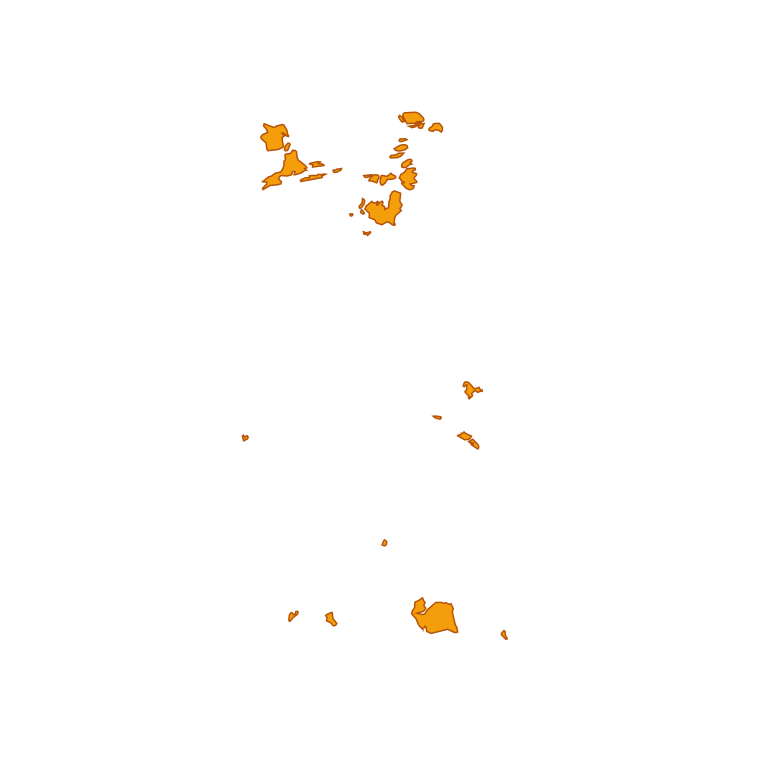 Kepulauan Riau, Albers equal-area conic projection, rotated 121°
{"feature_id": "IDN-1796", "entity_name": "Kepulauan Riau", "entity_type": "Province", "adm_level": 1, "iso_a3": "IDN", "parent_name": "Indonesia", "parent_adm1": "", "projection": "albers", "projection_center": [105.285, 2.055], "detail": "fine", "context": "isolated", "style": "filled", "palette": "amber", "viewbox_px": 768, "rotation_deg": 121, "n_neighbors": 0, "source": "natural_earth", "source_scale": "10m", "svg_char_len": 6192}
<svg xmlns="http://www.w3.org/2000/svg" viewBox="0 0 768 768"><g transform="rotate(121 384 384)"><path d="M573.5,225.3L574.4,224.4L572.9,229.9L568.8,235.6L566.7,242.0L563.9,242.8L559.9,242.6L555.1,245.1L551.5,242.7L547.4,240.9L549.4,238.3L550.0,236.4L553.5,235.6L554.4,233.1L555.4,232.5L558.6,233.1L563.5,237.8L561.9,232.5L560.4,230.7L554.8,230.4L544.5,227.0L541.7,222.4L541.1,219.5L539.6,218.2L539.3,214.7L537.8,213.4L541.0,208.9L544.3,208.0L553.8,198.8L554.8,196.6L558.6,193.1L560.1,194.3L560.8,196.0L561.4,203.0L573.5,215.2L574.1,219.9L570.9,222.6L570.5,224.1L572.1,223.9L573.5,225.3ZM248.6,467.8L249.8,473.5L248.0,476.4L249.0,482.5L245.3,484.3L243.9,490.5L241.0,491.0L233.7,488.5L234.2,487.0L233.8,485.5L232.5,484.2L230.8,483.6L230.8,483.0L233.8,482.9L234.3,482.4L234.0,481.6L230.8,481.3L228.3,479.9L228.9,478.4L231.9,477.6L231.5,476.0L231.9,474.7L233.9,473.2L232.4,472.6L231.1,471.1L229.9,471.2L225.3,473.6L221.3,474.3L220.1,475.6L215.3,475.8L213.1,474.6L211.9,468.0L219.2,464.6L221.4,460.5L225.6,460.6L226.5,458.5L233.1,460.6L235.9,460.5L241.5,458.0L241.1,457.0L241.8,456.5L242.8,457.0L243.2,458.9L242.9,463.6L243.8,465.2L248.6,467.8ZM272.5,583.9L279.7,587.8L278.9,588.9L273.0,587.5L271.4,588.3L273.0,592.2L265.7,589.5L264.1,587.8L259.3,585.7L255.6,581.9L253.6,581.5L248.6,582.1L244.4,584.5L242.5,583.9L238.7,586.9L237.2,586.4L234.9,583.1L230.5,582.5L229.5,580.0L230.1,578.5L234.6,575.1L236.1,573.1L237.3,563.9L238.4,561.4L240.2,563.0L240.8,560.6L241.4,561.7L245.6,563.6L250.4,567.9L250.9,568.9L247.9,569.6L248.4,571.1L249.5,571.9L251.8,570.9L253.0,571.6L255.7,574.3L258.3,579.6L260.2,580.3L262.5,580.0L263.5,576.1L265.5,575.4L268.0,577.8L272.5,583.9ZM237.3,595.2L243.8,603.6L243.1,605.3L238.1,609.3L237.0,615.2L236.1,616.7L233.1,616.7L228.2,613.3L225.8,616.7L224.9,620.1L222.6,620.8L220.8,610.5L220.0,609.4L218.7,609.5L213.8,604.6L213.6,603.3L216.3,598.1L219.8,595.0L220.5,593.4L221.1,593.4L221.6,594.9L220.7,598.5L221.1,600.5L221.7,600.5L222.3,597.0L224.9,598.2L227.8,596.5L232.5,592.2L237.3,595.2ZM204.4,462.2L204.9,465.7L203.1,471.9L200.9,470.5L200.7,471.6L201.5,472.9L199.7,475.3L199.7,477.0L196.0,477.5L191.3,475.3L187.8,475.3L183.6,469.9L183.2,468.2L184.2,467.4L186.3,469.2L187.9,468.7L186.9,464.3L188.8,463.8L191.4,464.5L192.7,463.5L193.4,460.5L194.4,459.8L199.1,464.5L199.7,462.3L198.5,460.3L199.6,459.8L201.8,459.8L204.4,462.2ZM144.6,491.7L149.0,498.5L144.6,505.8L142.4,506.8L140.8,505.9L134.7,496.7L134.1,493.0L135.8,487.2L136.8,486.0L138.2,485.7L139.5,486.5L141.9,490.7L144.6,491.7ZM348.4,302.1L352.8,303.3L352.3,304.5L351.1,303.9L349.3,310.2L348.4,310.8L347.3,310.0L342.1,312.3L342.9,313.3L344.9,313.7L345.1,315.0L341.7,315.9L340.6,315.6L339.5,314.0L339.2,312.0L341.6,303.9L338.0,300.9L339.1,298.9L338.6,296.7L339.8,296.1L340.7,297.9L342.8,299.1L342.9,302.9L346.9,303.9L348.4,302.1ZM211.3,486.6L214.1,487.6L214.8,488.7L214.1,490.1L212.5,491.6L207.0,493.7L206.2,493.1L204.5,488.4L199.7,486.6L200.3,485.3L199.9,482.0L200.3,480.6L201.5,480.3L202.8,481.1L205.4,483.9L206.6,486.3L211.3,486.6ZM143.2,474.9L143.1,476.5L141.5,476.9L137.8,475.2L135.8,475.7L134.3,474.3L132.1,470.7L133.7,466.3L136.6,464.6L138.6,464.7L138.4,467.4L139.3,470.5L140.3,471.6L142.0,471.9L143.2,474.9ZM239.3,543.7L253.2,559.5L252.8,560.4L251.1,560.1L247.3,557.2L246.1,554.4L245.6,554.0L244.4,555.3L243.4,554.4L241.1,551.3L240.7,549.5L238.1,548.4L237.3,546.2L235.0,543.8L234.3,542.1L237.8,544.5L238.5,543.4L239.3,543.7ZM611.3,307.0L613.6,301.1L615.9,301.2L617.4,302.9L616.1,306.5L616.6,311.2L613.6,312.4L612.5,314.8L610.4,314.0L606.7,311.2L606.7,310.6L611.3,307.0ZM390.3,286.3L390.4,294.3L389.8,294.3L388.0,291.9L386.6,292.5L385.2,290.9L383.9,290.7L384.4,288.4L383.6,282.2L386.3,282.1L388.1,283.1L390.3,286.3ZM172.3,486.6L175.7,489.9L177.0,492.1L177.7,494.5L177.1,496.5L171.1,493.1L169.6,491.5L168.2,489.4L167.8,487.1L169.3,485.4L172.3,486.6ZM186.6,476.5L188.3,478.3L188.8,480.7L187.0,481.7L184.9,481.8L179.2,478.9L177.7,477.0L177.7,475.9L178.2,475.0L179.2,474.9L180.7,475.8L181.2,473.4L182.4,474.9L186.6,476.5ZM217.6,501.6L214.7,502.1L209.5,500.0L208.0,496.7L208.7,495.3L210.4,494.3L213.0,494.7L213.8,493.8L215.4,493.9L216.0,498.2L217.6,501.6ZM234.9,557.0L232.5,557.7L233.7,560.1L233.7,561.2L233.1,561.2L227.4,555.3L226.5,552.9L228.9,554.0L227.2,550.1L227.1,548.4L227.6,547.9L234.9,557.0ZM635.7,342.2L635.9,343.5L634.6,344.5L630.8,346.0L628.6,346.2L627.4,345.2L628.3,342.5L626.8,341.7L624.5,342.4L623.5,341.2L623.8,340.2L626.0,339.6L630.9,341.6L635.7,342.2ZM389.1,270.4L390.9,269.8L391.4,270.6L391.1,277.4L390.4,278.9L389.6,276.4L388.6,276.7L390.1,280.9L389.8,281.8L385.6,279.4L387.7,271.8L389.1,270.4ZM175.9,486.0L179.8,486.8L182.8,488.9L186.6,494.3L186.6,495.7L185.8,496.1L183.9,495.2L181.9,492.0L178.8,490.5L175.9,486.0ZM233.4,586.9L234.9,588.5L234.5,590.1L230.4,591.1L227.0,590.4L226.5,589.1L226.8,587.9L233.4,586.9ZM539.4,147.2L540.0,148.2L538.4,154.2L537.3,154.9L533.5,154.2L533.8,152.7L537.1,150.3L538.2,147.9L539.4,147.2ZM240.8,493.8L244.4,494.1L245.8,494.7L245.7,495.6L245.1,496.6L244.0,496.7L239.9,496.1L236.1,497.9L236.2,495.9L237.2,494.6L240.8,493.8ZM501.6,472.8L505.0,475.1L501.4,478.6L500.3,478.1L501.4,475.7L499.3,475.3L498.8,474.4L499.6,473.0L501.6,472.8ZM522.6,300.4L522.9,302.8L518.1,303.5L517.2,303.1L517.7,300.6L519.6,299.5L521.6,299.4L522.6,300.4ZM144.9,483.1L146.4,485.3L146.4,486.6L145.5,487.4L142.3,486.5L140.1,483.8L144.9,483.1ZM148.7,502.0L150.0,503.1L149.7,505.0L147.9,508.6L147.2,509.2L145.7,508.9L145.9,506.2L148.7,502.0ZM226.9,533.7L228.3,535.6L228.2,536.6L226.9,537.8L225.7,535.7L224.1,535.0L221.2,531.4L222.8,531.1L226.9,533.7ZM149.8,491.9L150.2,495.4L147.3,491.6L141.7,488.7L141.3,487.1L147.2,489.5L149.8,491.9ZM386.7,322.7L386.3,325.2L384.7,322.9L382.9,318.5L383.3,317.6L385.3,317.8L386.7,322.7ZM162.8,490.1L167.1,493.7L167.9,495.3L167.7,496.4L165.6,496.5L162.6,491.5L162.8,490.1ZM261.2,473.4L265.1,474.6L264.7,475.9L265.9,478.3L264.1,480.1L263.5,476.8L260.5,474.1L261.2,473.4ZM210.4,501.6L215.2,504.5L216.7,506.6L215.8,508.7L210.4,501.6ZM249.1,489.6L249.2,491.8L248.4,492.7L246.5,493.0L246.1,492.7L247.3,489.4L248.1,488.6L249.1,489.6ZM254.7,498.0L256.1,498.0L257.3,499.1L256.0,500.9L254.4,499.0L254.7,498.0Z" fill="#f59e0b" stroke="#b45309" stroke-width="1.5"/></g></svg>